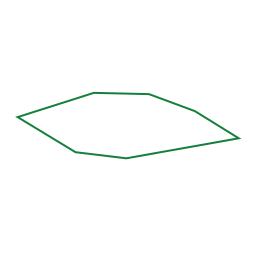 Gnaviyani, Natural Earth projection, rotated 117°
{"feature_id": "MDV-5242", "entity_name": "Gnaviyani", "entity_type": "Atoll", "adm_level": 1, "iso_a3": "MDV", "parent_name": "Maldives", "parent_adm1": "", "projection": "natural_earth1", "projection_center": [73.439, -0.294], "detail": "fine", "context": "isolated", "style": "outline", "palette": "green", "viewbox_px": 256, "rotation_deg": 117, "n_neighbors": 0, "source": "natural_earth", "source_scale": "10m", "svg_char_len": 255}
<svg xmlns="http://www.w3.org/2000/svg" viewBox="0 0 256 256"><g transform="rotate(117 128 128)"><path d="M86.9,24.7L155.8,115.8L173.4,163.8L168.4,231.3L112.2,174.4L88.3,124.7L82.6,75.9L86.9,24.7Z" fill="none" stroke="#15803d" stroke-width="2"/></g></svg>